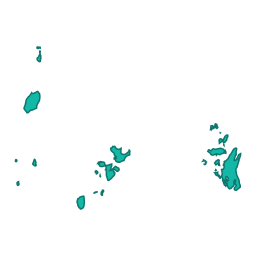 Kota Tual, Indonesia (Mercator projection)
{"feature_id": "22746128B79752231805890", "entity_name": "Kota Tual", "entity_type": "district", "adm_level": 2, "iso_a3": "IDN", "parent_name": "Indonesia", "parent_adm1": "", "projection": "mercator", "projection_center": [132.406, -5.449], "detail": "fine", "context": "isolated", "style": "filled", "palette": "teal", "viewbox_px": 256, "rotation_deg": 0, "n_neighbors": 0, "source": "geoboundaries", "source_scale": "gbopen_adm2", "svg_char_len": 5974}
<svg xmlns="http://www.w3.org/2000/svg" viewBox="0 0 256 256"><path d="M234.8,160.7L234.3,160.5L234.3,159.8L235.4,155.2L236.2,154.9L236.1,152.0L236.7,148.8L236.2,148.1L235.2,148.2L233.5,149.4L230.9,154.0L229.9,154.9L228.2,158.5L225.1,161.7L224.8,161.2L224.2,161.7L224.6,162.2L223.3,165.1L223.6,165.3L224.1,164.7L224.1,167.7L223.2,169.3L221.7,169.4L221.4,169.8L221.8,170.5L222.3,174.1L221.8,175.0L221.7,176.3L222.7,178.5L222.7,180.6L223.7,182.6L224.0,181.9L223.6,180.2L224.9,180.1L225.6,181.7L226.4,181.1L226.6,180.5L226.4,179.4L225.6,177.8L226.3,176.6L227.0,176.7L228.3,178.4L227.9,179.4L228.4,180.4L227.5,180.8L227.4,181.2L226.2,181.4L225.5,182.1L226.0,182.8L227.1,183.1L227.3,183.7L226.9,184.8L228.2,187.5L229.1,188.6L229.7,188.8L231.1,188.3L232.4,186.8L233.4,186.1L234.1,184.9L233.8,182.6L234.1,181.2L234.8,179.8L235.7,180.0L235.1,183.2L235.4,184.2L236.4,185.5L234.3,188.2L234.2,189.0L234.7,189.9L236.1,190.4L240.2,187.2L240.3,185.7L239.4,183.3L239.0,180.1L236.7,175.0L235.8,169.7L236.1,168.4L237.0,167.2L239.0,160.4L238.4,159.7L238.8,158.9L239.3,159.0L240.6,155.2L240.6,153.6L238.8,154.7L236.4,159.6L234.8,160.7ZM39.5,93.5L38.7,92.9L37.9,91.5L37.6,91.4L33.4,93.5L31.7,93.3L31.6,92.9L29.2,96.4L28.5,96.7L26.3,99.7L25.4,104.1L24.8,106.2L24.4,106.7L24.0,108.7L27.1,112.8L28.2,112.6L30.6,110.2L31.9,110.2L36.6,108.1L36.7,106.1L37.5,103.9L39.3,100.8L39.7,98.9L39.9,96.2L39.5,93.5ZM116.3,148.5L114.7,146.3L113.8,146.6L112.7,146.4L112.1,147.5L111.1,148.4L110.7,148.3L110.6,148.7L111.0,150.3L111.7,151.2L114.1,153.3L114.3,154.9L114.8,155.4L115.2,156.7L115.9,156.4L116.3,156.8L116.3,157.6L115.8,157.7L115.6,157.2L115.0,157.4L115.3,157.8L114.2,158.0L114.1,158.7L114.2,159.1L115.4,159.0L115.2,159.2L115.8,161.0L116.3,161.5L118.0,162.2L119.6,162.3L121.9,161.1L124.0,160.5L124.8,158.4L125.6,157.1L127.6,155.5L129.3,155.1L129.8,154.5L129.6,153.4L129.9,151.3L129.5,150.1L129.1,150.1L129.1,151.3L125.8,154.0L124.0,154.6L121.7,153.9L120.8,152.8L121.1,148.3L119.3,149.3L117.7,149.3L116.3,148.5ZM100.3,161.6L98.1,162.8L98.0,163.0L98.2,162.9L98.6,163.0L98.6,162.6L99.1,163.0L99.1,164.2L97.9,164.4L99.1,164.4L99.7,166.0L100.4,166.4L102.2,166.6L104.3,165.9L105.3,166.1L105.9,166.6L106.3,168.2L105.5,169.7L106.3,169.9L105.7,169.7L105.9,169.4L106.3,169.8L106.4,175.5L107.9,180.3L108.6,180.5L110.6,179.1L114.3,175.2L114.9,173.7L114.7,172.5L114.0,171.7L114.5,173.1L114.0,172.6L112.6,169.3L111.6,169.2L111.0,170.5L109.9,170.5L111.0,169.4L110.8,168.0L111.8,165.7L111.7,164.0L110.4,164.7L110.0,164.4L108.3,165.2L105.9,165.5L104.8,164.7L104.7,163.3L104.0,162.2L102.8,162.0L101.9,162.3L101.5,161.9L100.5,162.4L100.5,161.9L100.9,161.7L100.3,161.6ZM221.9,148.9L220.8,148.2L216.1,149.2L215.0,149.3L213.5,148.8L212.7,149.0L211.0,150.9L209.2,149.8L208.5,149.9L207.8,151.4L210.3,153.2L210.6,154.1L211.4,154.8L212.3,155.1L213.3,155.0L216.9,153.7L219.5,154.7L220.6,154.5L221.4,153.6L223.2,153.4L224.4,151.7L224.5,150.8L223.8,149.7L223.0,149.0L221.9,148.9ZM83.9,196.4L83.2,196.1L80.1,197.0L78.8,198.5L77.9,198.7L77.3,200.5L77.0,202.1L77.9,204.5L77.8,205.7L78.5,206.2L79.0,207.7L79.9,208.1L80.4,209.0L81.6,208.8L82.9,208.0L83.8,206.6L84.4,201.8L83.9,196.4ZM224.8,142.3L226.5,140.4L227.0,138.2L227.8,136.6L227.7,135.1L226.6,135.1L225.0,136.4L223.1,140.1L223.0,141.9L223.6,142.4L224.8,142.3ZM40.8,58.9L40.8,56.1L40.1,54.1L39.8,54.2L38.1,57.6L37.3,57.9L37.1,58.7L37.3,60.0L38.8,61.4L39.7,61.7L40.3,61.4L40.5,59.2L40.8,58.9ZM118.7,168.2L115.3,166.4L113.4,168.2L114.2,168.6L113.7,168.6L113.7,169.3L113.3,169.6L115.2,169.8L116.7,171.2L117.7,171.4L119.1,169.9L119.0,169.0L118.7,168.2ZM218.9,162.0L219.2,160.3L218.2,159.7L216.1,161.0L214.6,163.0L215.9,164.9L217.2,163.7L218.0,163.7L218.4,163.3L218.3,164.5L218.6,165.2L219.6,165.4L218.9,162.0ZM35.9,162.6L35.2,160.0L34.4,159.4L32.7,164.1L34.4,165.7L35.9,165.7L36.0,165.4L36.1,165.2L36.0,164.3L36.0,165.4L35.8,165.6L35.6,165.0L35.9,162.6ZM217.7,172.3L217.0,172.8L216.3,172.5L215.7,172.9L215.5,172.5L214.8,172.7L215.5,173.1L215.2,173.4L215.4,174.3L216.4,175.4L217.7,175.7L218.6,176.4L219.9,178.2L220.5,178.1L220.6,177.0L218.9,175.2L217.7,174.5L217.7,172.3ZM219.4,143.3L222.3,141.0L222.0,139.5L220.9,138.8L219.5,139.2L219.1,140.1L219.4,143.3ZM212.2,125.6L211.4,125.9L211.8,126.1L211.3,126.0L210.9,126.6L210.6,129.0L211.6,128.1L212.0,128.1L210.8,129.0L211.2,129.8L211.5,129.2L212.6,128.9L214.4,127.8L213.5,127.2L213.8,126.7L211.9,126.0L212.0,125.8L212.7,126.2L213.3,126.2L212.2,125.6ZM216.9,124.6L215.7,123.8L215.2,124.1L215.5,124.5L215.1,124.8L214.8,125.7L215.6,126.0L215.4,126.6L216.0,126.7L215.8,127.6L216.9,128.5L217.8,127.5L216.8,125.2L216.9,124.6ZM103.3,190.2L102.5,190.2L102.5,190.7L101.3,192.2L101.1,194.4L101.9,195.3L102.4,195.2L102.4,193.4L103.7,190.9L103.3,190.2ZM224.8,182.9L224.5,182.4L224.5,183.2L224.2,183.4L223.8,182.9L223.6,183.1L224.5,185.1L225.0,185.1L225.8,186.2L226.8,184.4L226.8,183.8L226.0,182.8L225.2,182.6L224.8,182.9ZM18.4,182.4L18.5,181.7L17.4,182.1L17.0,183.0L17.3,184.9L17.7,185.4L18.5,185.1L19.0,184.3L18.8,182.9L18.4,182.4ZM97.6,171.7L96.1,170.7L95.4,171.2L95.2,172.0L96.2,173.1L96.4,173.9L96.7,173.8L96.6,173.2L97.0,173.6L97.8,172.9L97.6,171.7ZM40.2,47.3L37.3,47.0L36.9,47.9L38.0,48.6L39.5,47.9L40.2,48.1L40.2,47.3ZM16.1,161.7L16.6,161.4L16.9,160.6L16.6,159.9L16.0,159.6L15.6,159.9L15.4,160.9L15.6,161.5L16.1,161.7ZM205.0,160.6L204.3,160.3L204.5,160.6L205.3,161.1L205.4,162.3L205.9,162.6L205.6,163.9L204.2,164.2L204.3,164.5L205.2,164.5L206.0,163.6L205.9,162.4L206.4,162.0L205.0,160.6ZM225.9,152.0L225.3,150.8L224.6,153.0L225.8,153.3L225.9,152.0ZM93.5,193.4L97.7,191.7L95.2,192.1L93.5,193.4ZM40.3,51.2L39.8,51.1L39.6,51.9L40.0,53.6L40.3,51.2ZM216.9,154.2L216.2,154.4L216.4,155.3L216.8,154.9L216.9,154.2ZM216.2,170.3L215.8,169.7L215.4,170.5L215.7,170.6L216.2,170.3ZM100.1,175.3L99.9,176.1L100.4,176.7L100.5,176.6L100.1,175.3ZM203.9,160.9L203.6,160.4L203.0,161.1L203.9,160.9ZM220.5,132.9L220.2,132.7L220.0,133.5L220.5,132.9ZM223.9,145.2L223.9,144.7L223.8,144.4L223.7,144.9L223.9,145.2Z" fill="#14b8a6" stroke="#0f766e" stroke-width="1.5"/></svg>